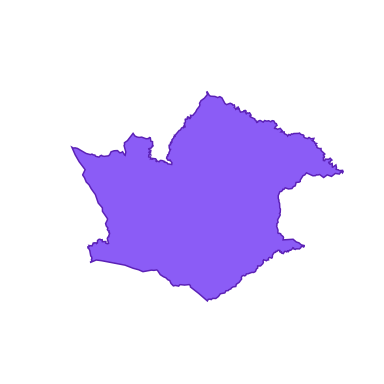 the district of Majune, Niassa, Mozambique, rotated 39°
{"feature_id": "85939544B16952446601864", "entity_name": "Majune", "entity_type": "district", "adm_level": 2, "iso_a3": "MOZ", "parent_name": "Mozambique", "parent_adm1": "Niassa", "projection": "orthographic", "projection_center": [36.348, -13.329], "detail": "fine", "context": "isolated", "style": "filled", "palette": "violet", "viewbox_px": 384, "rotation_deg": 39, "n_neighbors": 0, "source": "geoboundaries", "source_scale": "gbopen_adm2", "svg_char_len": 6024}
<svg xmlns="http://www.w3.org/2000/svg" viewBox="0 0 384 384"><g transform="rotate(39 192 192)"><path d="M70.5,232.8L77.8,236.6L85.3,239.5L94.9,241.9L96.2,247.4L96.6,247.7L99.5,248.6L103.5,250.8L107.5,251.2L111.6,252.9L118.5,254.8L126.1,259.6L132.3,260.7L134.6,263.4L143.1,265.9L143.8,266.9L144.7,270.9L146.8,272.4L149.2,272.9L149.9,274.5L151.4,274.9L152.1,274.5L152.6,275.5L153.2,275.4L153.4,276.0L154.2,276.2L154.8,278.3L155.5,279.1L155.0,280.0L155.4,281.4L159.5,284.5L158.8,285.5L157.1,286.0L156.2,284.7L153.6,287.0L152.2,285.6L151.2,286.6L150.2,286.6L149.4,287.5L149.1,289.1L150.5,291.1L150.0,291.4L150.2,292.1L149.3,292.1L148.3,292.7L147.9,293.8L147.4,293.8L148.2,296.8L145.6,298.4L146.4,298.8L146.3,299.5L145.6,300.2L146.4,301.0L147.0,300.8L149.4,301.8L153.5,305.4L154.8,305.6L156.0,306.6L156.5,308.0L157.5,308.4L157.6,309.3L157.2,310.2L157.5,310.4L160.4,305.1L165.1,302.2L186.0,291.0L194.3,288.3L199.5,286.0L204.0,284.8L209.7,278.2L211.7,276.9L213.6,274.8L214.7,274.7L219.4,276.2L223.3,275.8L225.6,275.1L228.5,275.4L230.4,274.8L233.3,276.3L236.6,276.7L237.9,275.1L240.9,273.5L240.8,272.1L241.4,271.2L244.8,269.0L248.1,265.7L249.5,265.7L250.6,266.8L261.0,266.6L272.5,267.0L272.2,265.2L273.5,263.8L274.6,263.6L275.0,261.7L277.5,259.8L278.3,256.6L278.1,253.2L281.0,249.8L280.6,247.4L282.2,245.8L282.2,244.7L283.2,242.8L283.0,241.7L283.7,239.8L285.5,237.9L284.5,235.8L285.5,232.6L285.3,228.4L284.1,227.4L283.8,225.8L284.4,224.5L285.6,224.1L286.2,223.1L285.8,221.4L286.9,220.5L289.1,216.8L290.6,215.7L291.3,213.8L290.5,211.2L290.9,209.8L289.6,208.2L291.8,206.3L292.1,203.1L291.8,201.9L290.6,200.8L290.3,199.6L293.1,198.6L293.4,197.4L294.2,196.6L293.4,196.0L293.1,194.8L293.5,194.0L295.6,193.2L295.6,192.4L294.2,190.2L294.0,187.2L294.9,186.3L294.6,185.3L295.4,184.7L295.5,183.2L296.3,182.6L297.1,182.2L297.7,183.2L298.8,183.0L299.2,182.4L300.0,183.1L301.7,182.4L301.4,179.9L302.2,179.2L303.4,178.9L303.3,177.5L303.7,177.2L304.4,177.5L304.4,175.9L305.4,175.1L305.8,172.5L305.5,171.8L306.1,171.6L306.9,172.2L308.5,171.6L308.7,170.6L311.3,168.6L311.6,166.7L311.3,165.7L311.7,164.6L312.3,164.3L313.1,164.7L313.5,163.9L312.9,163.0L310.2,164.3L307.0,164.2L304.6,165.2L300.3,165.1L292.9,171.9L291.8,169.8L290.9,169.3L288.0,169.2L287.2,168.7L286.0,169.0L285.1,169.8L284.4,169.7L282.8,167.5L279.2,165.3L278.9,164.3L277.9,163.3L278.0,161.4L276.1,159.9L275.1,154.6L274.3,153.7L273.5,153.6L273.4,152.3L271.4,149.6L270.2,149.1L267.3,145.8L265.2,144.5L264.7,143.6L263.3,142.9L261.3,140.6L260.1,136.4L261.1,135.3L261.3,133.7L260.9,132.7L261.8,132.0L261.8,130.1L265.1,128.9L267.5,126.4L267.4,124.0L268.4,122.2L266.9,119.1L269.0,117.0L269.5,115.7L268.6,114.5L268.0,109.3L268.9,107.8L268.9,105.1L275.8,103.3L277.7,101.5L278.0,100.2L279.1,99.6L280.2,98.1L285.2,97.9L286.3,93.6L290.6,92.1L291.7,87.4L295.2,85.3L295.1,83.0L295.7,82.2L296.9,82.5L296.7,81.1L295.4,80.4L293.1,82.6L291.7,82.7L289.8,83.7L288.8,82.0L286.8,80.4L285.8,84.1L285.4,84.3L283.0,81.6L281.8,83.5L279.8,83.2L279.6,82.6L280.6,81.6L280.0,80.4L280.6,79.1L278.1,78.8L277.6,80.6L275.0,82.5L275.4,84.2L274.3,84.8L272.4,82.5L273.0,82.0L272.6,81.1L270.8,80.6L271.3,78.9L266.2,78.5L264.9,77.0L263.9,77.9L261.5,78.8L260.8,78.6L260.2,77.6L258.7,77.7L258.2,77.1L258.3,75.9L256.6,76.7L255.7,76.0L253.2,76.4L253.6,75.4L253.0,73.6L250.8,75.9L249.0,75.8L248.4,76.3L248.4,77.6L245.9,78.8L244.1,78.8L243.6,77.9L242.8,77.6L240.1,78.8L238.5,78.5L237.9,79.4L234.2,82.6L233.7,83.8L232.7,84.3L232.6,86.0L231.1,86.3L231.1,88.2L230.5,87.8L226.9,88.5L225.9,87.3L223.4,89.2L223.6,87.6L220.5,87.0L219.0,89.5L217.4,89.6L216.6,90.5L216.0,90.5L215.7,88.4L216.2,86.8L214.5,85.8L213.6,86.3L210.8,85.3L209.4,86.1L209.0,87.8L206.7,88.4L205.5,89.9L203.5,90.7L203.3,92.9L200.2,93.4L199.6,93.9L198.7,95.6L199.1,96.5L198.6,97.2L196.6,96.2L195.2,96.3L194.7,95.7L189.9,96.9L189.1,96.4L189.7,95.6L189.5,95.1L186.9,94.2L186.1,95.4L185.1,95.8L184.9,97.0L183.6,96.4L183.2,95.1L182.0,95.1L181.2,96.2L181.8,96.7L179.4,99.4L176.5,98.0L175.7,98.4L175.9,97.5L175.2,97.5L174.6,96.9L173.8,97.9L174.4,99.4L174.0,100.2L173.6,99.7L171.7,99.8L171.6,98.9L170.1,97.7L169.1,98.7L167.7,98.4L165.8,99.0L163.9,102.3L161.9,102.5L156.0,100.0L153.6,100.4L152.6,102.4L149.7,103.3L146.1,105.9L144.5,106.0L140.8,104.6L140.6,105.1L142.6,106.5L142.6,111.3L141.5,115.3L142.0,118.3L143.3,119.3L143.8,120.5L143.9,124.9L144.5,127.6L144.4,131.9L143.9,132.6L142.6,133.3L144.1,134.7L144.2,135.8L143.4,135.7L143.4,136.4L142.6,135.9L141.4,136.2L141.4,137.0L142.0,137.3L142.4,138.3L142.0,138.9L141.4,139.0L141.0,139.8L142.8,141.7L143.1,142.7L142.7,143.4L143.9,144.3L144.1,145.7L144.9,145.2L145.6,145.7L145.0,146.3L145.0,147.3L144.4,147.3L143.6,148.9L144.0,151.1L143.3,152.2L143.2,158.4L142.7,158.9L143.8,159.5L143.1,160.3L143.7,161.4L143.6,164.1L144.3,164.7L144.2,165.5L144.9,166.0L144.2,166.9L145.2,167.6L144.8,168.4L145.5,169.0L144.8,170.1L146.6,172.1L147.9,172.9L148.5,172.5L149.3,175.9L149.8,176.2L150.0,178.0L149.7,178.4L150.6,179.2L150.2,179.9L150.9,181.7L153.3,182.4L155.0,181.0L155.4,181.5L155.9,181.3L158.0,181.9L158.9,183.4L155.4,185.4L154.0,185.0L152.8,185.7L151.6,185.5L151.6,186.2L150.3,185.9L148.9,186.4L147.5,187.4L147.4,189.2L145.6,189.7L145.3,190.6L144.5,190.6L144.1,189.4L142.8,189.1L140.3,190.7L140.7,191.2L140.2,191.8L139.1,191.8L138.9,192.3L138.1,190.9L137.5,190.9L136.8,191.9L136.2,192.0L135.1,190.4L136.6,189.1L133.5,188.2L133.7,187.4L134.6,187.2L134.1,186.8L134.3,186.2L133.8,185.5L131.9,186.1L131.2,185.6L132.6,183.5L132.6,181.7L132.2,181.5L132.7,180.6L131.6,180.0L129.6,177.7L128.0,178.4L125.5,176.1L124.6,176.5L124.6,177.8L122.8,179.5L118.4,181.0L116.5,182.9L114.8,183.8L112.4,184.4L109.3,183.5L109.5,192.8L108.5,196.2L109.8,197.7L110.0,198.7L115.4,202.6L117.0,205.6L116.3,205.7L112.7,204.4L112.2,205.9L111.1,207.0L108.1,206.7L107.1,207.5L105.5,209.0L103.8,211.7L104.6,214.9L104.2,216.6L101.4,219.5L99.6,220.5L98.7,220.4L97.9,221.5L97.9,223.0L97.4,223.6L94.5,224.9L93.3,224.4L91.9,225.3L90.4,225.5L89.5,226.9L85.4,228.7L75.6,230.2L73.3,231.3L72.2,232.5L70.5,232.8Z" fill="#8b5cf6" stroke="#5b21b6" stroke-width="1.5"/></g></svg>